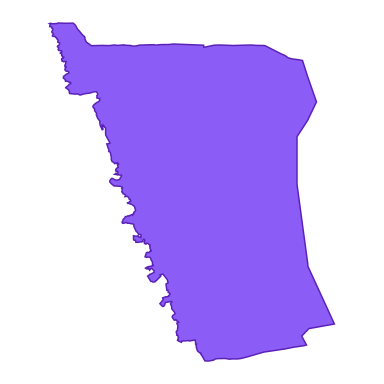 the district of Prundeni, Vâlcea, Romania
{"feature_id": "2599482B15275275534961", "entity_name": "Prundeni", "entity_type": "district", "adm_level": 2, "iso_a3": "ROU", "parent_name": "Romania", "parent_adm1": "Vâlcea", "projection": "natural_earth1", "projection_center": [24.227, 44.727], "detail": "fine", "context": "isolated", "style": "filled", "palette": "violet", "viewbox_px": 384, "rotation_deg": 0, "n_neighbors": 0, "source": "geoboundaries", "source_scale": "gbopen_adm2", "svg_char_len": 5806}
<svg xmlns="http://www.w3.org/2000/svg" viewBox="0 0 384 384"><path d="M334.4,324.0L307.9,266.3L307.7,263.4L297.0,184.3L297.0,136.7L307.6,120.4L316.5,101.9L307.6,76.5L302.5,60.5L298.5,59.7L292.7,59.0L288.3,57.9L284.8,55.4L281.0,53.8L265.1,45.7L263.9,45.5L256.5,45.4L250.8,45.0L233.4,45.5L219.5,45.0L214.1,45.2L203.9,47.3L203.6,45.2L173.4,44.0L169.1,44.5L160.7,44.6L156.0,45.1L153.7,44.7L139.7,45.1L135.6,46.0L132.9,46.1L130.7,45.5L123.2,45.1L123.3,44.9L118.3,45.4L114.1,45.0L109.2,45.6L101.9,45.4L91.5,45.7L86.3,42.0L85.0,39.1L84.8,37.1L84.4,36.5L82.6,35.0L78.8,30.4L77.7,29.4L75.5,25.3L73.2,23.1L66.6,23.3L57.8,23.0L57.1,23.5L52.1,23.8L50.8,23.2L49.6,23.6L50.6,24.0L50.0,24.8L49.7,26.6L51.8,27.0L51.9,28.3L52.7,28.8L53.0,29.3L52.7,30.3L51.9,31.3L51.8,32.1L52.1,32.7L53.4,33.5L53.6,34.1L52.5,35.2L52.4,36.0L53.1,36.4L55.0,36.4L55.6,37.4L56.6,37.8L56.8,38.8L57.5,39.1L57.5,39.7L58.1,40.2L58.1,40.9L57.7,41.8L57.9,42.3L59.3,42.7L59.7,43.1L59.3,44.6L58.7,45.4L57.7,45.9L57.4,46.7L58.7,47.8L58.6,48.7L58.1,49.3L58.7,50.4L61.6,50.9L61.9,51.3L61.8,51.9L60.4,52.8L60.3,53.2L61.5,53.7L61.8,54.6L61.6,55.0L61.6,55.5L62.2,56.0L62.4,56.5L63.8,57.2L63.3,58.1L62.5,58.1L61.7,58.7L61.6,59.8L62.1,60.3L61.9,60.9L63.4,61.7L64.6,61.5L66.0,61.5L65.6,62.8L65.7,63.9L65.1,64.7L64.8,65.9L64.8,66.2L66.0,66.7L66.2,67.1L65.3,67.6L64.9,69.8L65.6,70.8L66.5,71.3L67.6,71.1L68.9,72.1L68.9,72.6L68.7,73.2L67.0,73.8L64.0,76.0L63.4,76.8L63.4,78.2L64.8,79.1L65.4,80.0L65.3,81.0L65.8,81.3L66.8,81.1L67.4,81.5L67.9,81.4L69.3,82.3L70.3,82.3L70.9,83.0L70.6,83.7L69.1,84.3L67.8,86.0L66.2,87.0L65.7,87.8L67.6,89.0L68.6,90.0L69.4,91.5L69.4,93.1L69.6,93.5L74.7,94.1L77.8,93.9L79.6,94.9L81.0,94.9L83.3,94.0L90.6,92.9L93.6,91.9L96.5,91.7L97.5,93.5L97.7,94.3L97.6,94.9L96.8,95.7L97.0,96.3L96.8,97.9L98.3,98.5L99.7,98.4L99.7,100.2L98.9,101.5L96.8,102.5L95.6,103.4L93.5,105.2L92.9,106.3L93.3,107.7L94.7,108.7L94.5,109.7L94.9,111.1L96.6,113.2L96.3,114.8L97.7,118.4L99.9,121.2L99.8,122.3L100.2,125.5L101.8,128.7L102.0,129.6L102.7,129.7L103.0,129.3L102.9,128.2L102.0,125.8L102.1,125.1L102.8,125.3L103.1,124.9L103.8,125.8L103.3,126.2L104.5,126.7L104.6,127.1L105.6,128.0L105.6,134.4L105.8,135.3L110.0,143.1L109.3,143.6L106.8,143.9L108.3,148.6L109.1,150.0L109.1,150.4L108.6,151.1L109.0,151.7L109.9,151.9L110.3,152.4L111.4,157.6L111.2,159.2L111.7,160.9L112.1,161.5L113.6,162.5L114.8,163.7L115.9,162.9L116.8,163.7L117.1,163.8L117.7,162.8L118.5,163.6L118.5,164.1L117.5,165.3L118.3,167.4L117.1,167.8L116.7,168.6L116.0,169.0L115.6,170.1L116.3,171.0L116.1,171.5L117.7,171.3L118.0,172.2L117.5,173.3L116.9,173.4L116.4,173.9L115.9,173.6L115.5,173.7L114.7,174.3L116.2,174.4L117.5,175.0L118.6,174.6L119.2,175.0L121.5,175.2L121.4,176.3L120.1,178.2L119.7,179.4L117.5,180.1L115.6,180.0L114.4,179.6L112.8,178.5L111.9,178.3L111.2,178.8L109.8,180.8L109.7,181.8L111.0,183.4L113.9,185.9L119.5,186.2L121.5,186.7L122.2,187.2L122.6,187.8L121.7,188.4L122.3,189.8L122.1,190.9L121.7,191.5L121.8,191.9L122.5,192.7L123.0,192.8L123.1,193.8L124.3,194.1L125.0,194.6L125.5,195.4L124.9,196.6L127.3,196.4L128.7,197.5L129.2,199.2L130.3,199.5L130.7,201.1L130.2,201.1L130.1,201.4L128.7,202.4L127.5,202.8L128.0,203.5L128.9,203.1L130.2,204.1L131.3,204.1L134.4,206.4L135.6,210.5L135.3,211.0L133.8,212.3L133.7,214.0L132.9,214.7L132.8,214.8L132.8,214.3L132.5,214.2L130.9,215.1L128.7,215.8L128.8,216.1L127.6,215.9L126.8,216.5L125.3,216.6L124.8,217.8L123.0,219.6L123.0,220.7L122.1,221.9L122.1,222.7L122.7,223.3L124.0,223.2L126.5,222.4L127.3,223.3L129.4,223.2L130.3,223.6L132.8,223.9L133.8,224.4L133.9,226.4L136.1,231.3L137.3,232.3L138.6,234.4L140.7,234.5L141.1,235.1L140.8,237.2L140.5,236.6L139.9,237.1L139.1,237.2L138.7,236.9L138.4,236.0L137.8,235.8L136.5,236.2L133.5,235.8L133.5,238.8L133.7,239.7L134.0,240.2L135.4,240.3L135.9,242.3L138.2,242.3L139.8,241.9L141.6,242.0L142.4,241.6L143.0,240.0L144.0,239.2L144.3,239.4L144.8,240.4L144.4,241.5L144.0,241.9L144.6,242.9L144.5,243.5L146.0,244.1L146.3,243.4L147.6,243.2L149.1,244.6L149.9,244.6L150.1,245.2L149.7,246.3L150.1,247.1L149.9,247.9L150.2,248.9L150.6,249.3L150.7,250.4L151.2,250.6L150.8,251.4L149.9,251.4L149.0,252.6L147.2,252.3L146.3,253.0L145.0,256.8L146.6,257.4L147.3,257.0L149.7,257.2L150.9,258.6L151.0,259.7L152.4,261.9L152.5,264.8L152.7,265.1L153.2,265.1L153.3,265.7L148.3,266.7L147.7,266.9L147.9,267.6L146.6,267.4L145.5,268.1L146.1,268.6L147.5,269.0L149.1,269.0L149.6,270.2L150.6,269.2L150.9,268.4L151.7,268.3L154.1,270.8L154.0,272.4L150.9,274.0L149.7,274.3L149.1,275.3L148.6,275.4L147.6,276.1L150.8,281.4L151.9,281.4L153.0,282.1L155.4,281.6L155.6,280.9L156.2,280.8L160.8,276.1L160.7,275.6L160.0,274.9L163.0,274.1L167.3,279.7L168.1,282.9L166.8,283.4L166.0,284.0L166.8,290.3L168.0,290.2L168.2,292.5L169.5,292.9L169.7,293.5L170.1,293.7L170.1,294.2L168.6,295.6L168.8,296.2L167.0,296.8L165.9,296.7L162.6,297.9L163.3,299.7L162.9,300.0L159.9,303.7L162.4,306.3L163.0,306.5L164.4,305.6L164.9,304.3L165.2,302.6L170.4,301.6L171.3,301.6L171.9,301.9L170.5,303.8L171.5,306.0L171.7,307.2L171.7,308.8L174.4,312.1L174.9,313.3L174.9,314.0L172.8,315.4L172.3,316.4L172.2,317.2L174.0,319.9L175.0,320.3L175.7,319.6L176.7,320.3L176.9,321.1L178.1,321.6L178.7,322.4L176.8,323.2L178.0,326.0L177.7,327.1L177.4,330.6L176.7,331.0L176.3,331.5L176.4,333.1L177.0,334.6L176.8,335.2L177.8,335.3L178.1,337.1L178.5,337.5L177.5,340.3L178.4,340.6L178.4,341.0L181.4,342.3L181.7,341.8L181.9,341.0L186.6,340.8L188.9,340.5L189.4,341.0L195.1,340.0L195.4,340.9L195.7,344.4L196.4,344.3L196.2,345.4L196.5,348.4L196.9,349.0L197.4,350.9L199.4,352.6L200.9,353.2L200.5,353.6L202.3,356.2L204.9,360.9L208.5,361.0L210.6,360.7L213.6,360.1L215.5,358.9L218.5,358.6L225.2,358.5L229.7,359.2L232.0,358.9L238.0,358.9L241.3,358.4L246.2,357.2L263.7,352.1L285.2,348.9L293.6,347.2L304.0,345.7L306.5,345.0L301.7,336.1L308.9,328.6L334.4,324.0Z" fill="#8b5cf6" stroke="#5b21b6" stroke-width="1.5"/></svg>